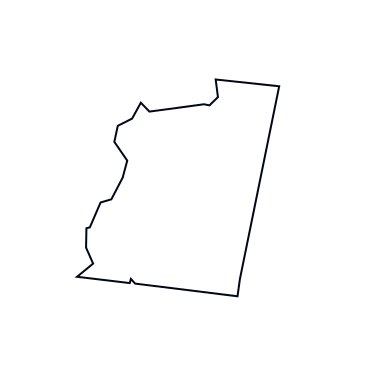 outline of Twiggs, Georgia, United States of America, rotated 37°
{"feature_id": "52423323B36481911498881", "entity_name": "Twiggs", "entity_type": "district", "adm_level": 2, "iso_a3": "USA", "parent_name": "United States of America", "parent_adm1": "Georgia", "projection": "robinson", "projection_center": [-83.494, 32.675], "detail": "fine", "context": "isolated", "style": "outline", "palette": "ink", "viewbox_px": 384, "rotation_deg": 37, "n_neighbors": 0, "source": "geoboundaries", "source_scale": "gbopen_adm2", "svg_char_len": 459}
<svg xmlns="http://www.w3.org/2000/svg" viewBox="0 0 384 384"><g transform="rotate(37 192 192)"><path d="M143.2,87.9L155.6,100.6L153.8,112.3L148.8,114.7L109.6,153.4L97.4,151.5L100.0,169.4L92.9,183.8L99.8,198.7L121.4,205.9L128.0,222.3L132.0,246.4L125.3,255.4L131.7,281.7L129.5,284.5L140.9,300.2L156.1,308.7L151.2,328.9L197.1,302.2L195.5,298.2L201.7,299.4L291.1,247.9L282.7,232.8L198.0,55.1L143.2,87.9Z" fill="none" stroke="#020617" stroke-width="2"/></g></svg>